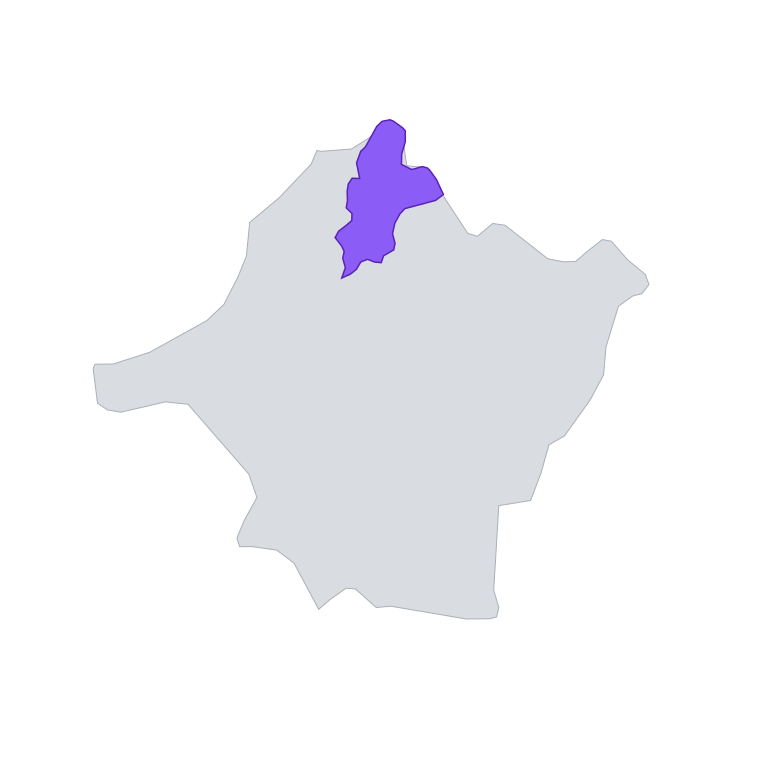 location of Peć within Kosovo, rotated 75°
{"feature_id": "KOS-5886", "entity_name": "Peć", "entity_type": "District", "adm_level": 1, "iso_a3": "XKX", "parent_name": "Kosovo", "parent_adm1": "", "projection": "orthographic", "projection_center": [20.272, 42.674], "detail": "fine", "context": "in_parent", "style": "filled", "palette": "violet", "viewbox_px": 768, "rotation_deg": 75, "n_neighbors": 0, "source": "natural_earth", "source_scale": "10m", "svg_char_len": 1768}
<svg xmlns="http://www.w3.org/2000/svg" viewBox="0 0 768 768"><g transform="rotate(75 384 384)"><path d="M223.7,276.1L260.2,264.1L265.5,255.6L257.1,237.4L262.0,226.0L305.4,193.4L312.6,178.6L315.2,167.0L309.2,154.9L301.0,135.7L304.9,127.5L327.5,116.3L345.7,103.3L356.5,102.3L363.4,111.5L363.4,121.1L369.5,137.3L383.1,145.9L405.7,160.0L431.9,169.5L452.6,188.8L480.9,223.2L485.4,240.4L510.8,255.5L534.4,272.5L531.2,304.6L611.6,331.4L629.6,330.9L638.2,335.6L638.1,342.9L632.2,365.5L600.4,434.9L597.9,449.3L574.6,464.7L571.4,473.4L578.4,492.3L584.8,505.5L584.3,505.5L533.7,517.3L516.7,530.6L506.9,553.6L503.8,565.5L494.8,566.0L479.7,554.4L460.7,536.1L436.1,537.9L352.8,578.6L344.7,599.8L343.1,645.4L337.5,657.8L328.5,665.7L293.8,660.9L290.1,657.9L294.6,640.4L292.7,602.1L276.9,538.8L265.7,518.0L242.8,497.4L225.0,483.9L193.1,471.9L177.0,437.1L152.8,397.5L141.1,388.4L143.0,384.5L148.6,354.7L141.8,332.9L131.2,314.4L138.5,303.2L160.7,303.4L179.1,305.5L185.8,287.8L223.7,276.1Z" fill="#d9dde1" stroke="#a8b0b8" stroke-width="1"/><path d="M176.4,310.3L183.8,302.0L184.2,298.1L183.8,294.5L184.0,290.6L186.5,286.2L189.0,284.6L200.2,280.4L216.3,277.6L220.0,286.6L220.0,296.9L220.0,308.2L220.0,318.4L223.8,324.6L231.3,331.8L241.1,336.9L250.9,336.9L257.0,339.9L260.0,351.2L266.1,355.3L263.8,361.5L259.3,367.6L260.1,374.8L266.1,381.0L269.2,388.1L270.7,397.4L261.6,391.2L251.8,391.3L245.7,388.2L239.7,389.2L229.9,393.3L224.6,388.2L220.8,379.0L217.7,372.8L210.9,370.8L204.1,374.9L197.3,371.8L188.3,369.7L181.5,366.7L177.0,361.5L179.2,354.3L163.4,353.3L153.0,346.1L152.4,344.6L150.1,340.5L133.3,324.3L133.1,324.0L129.8,317.9L130.3,309.9L132.7,306.7L138.9,301.7L141.7,299.5L145.0,297.9L155.5,300.7L166.4,307.4L176.4,310.3Z" fill="#8b5cf6" stroke="#5b21b6" stroke-width="1.5"/></g></svg>